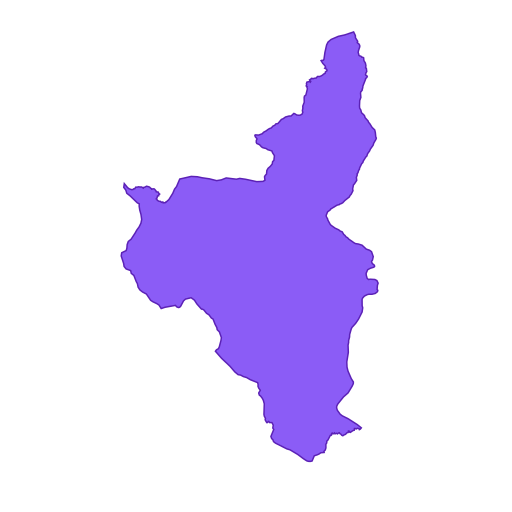 the district of Pakbeng, Oudômxai, Laos, rotated 263°
{"feature_id": "54806243B50081562386900", "entity_name": "Pakbeng", "entity_type": "district", "adm_level": 2, "iso_a3": "LAO", "parent_name": "Laos", "parent_adm1": "Oudômxai", "projection": "equal_earth", "projection_center": [101.13, 19.984], "detail": "fine", "context": "isolated", "style": "filled", "palette": "violet", "viewbox_px": 512, "rotation_deg": 263, "n_neighbors": 0, "source": "geoboundaries", "source_scale": "gbopen_adm2", "svg_char_len": 6088}
<svg xmlns="http://www.w3.org/2000/svg" viewBox="0 0 512 512"><g transform="rotate(263 256 256)"><path d="M466.5,380.2L464.6,370.9L464.0,364.5L461.8,357.0L459.6,353.6L456.9,351.8L449.6,349.2L442.9,347.4L442.0,346.6L442.2,345.1L442.0,344.4L439.0,345.8L436.5,347.6L434.9,348.1L434.0,347.1L432.8,348.8L431.9,349.1L431.2,349.0L430.2,347.3L428.8,346.8L428.3,345.2L427.5,344.2L426.9,342.9L426.4,341.2L426.7,338.9L425.3,337.4L425.3,335.5L425.0,334.1L425.6,333.1L425.4,332.4L424.9,332.1L424.3,330.6L423.4,330.9L422.7,331.6L421.9,331.1L422.7,330.3L422.4,327.7L420.8,327.0L419.7,327.2L418.7,326.5L417.8,327.4L417.5,327.1L415.7,327.4L409.7,325.1L408.8,323.6L407.4,323.1L402.7,322.6L399.1,320.7L396.9,320.5L394.5,319.7L393.0,320.0L391.2,319.0L390.4,317.0L390.5,315.4L391.0,313.6L392.5,311.8L392.9,310.9L390.7,307.9L390.9,305.8L390.4,302.3L388.9,299.5L388.5,297.9L384.8,293.9L384.7,291.8L383.5,290.6L382.8,288.5L381.3,286.9L380.8,284.8L380.0,283.1L379.0,281.4L377.9,278.6L376.6,277.1L375.7,273.3L376.3,270.3L376.0,269.6L374.5,269.8L372.4,271.2L371.9,271.2L370.7,270.4L368.8,270.1L367.6,270.5L366.0,273.1L363.6,274.8L362.6,276.1L361.4,279.2L360.1,280.6L358.3,284.6L356.7,284.9L353.3,286.5L348.7,285.4L347.7,284.0L345.3,283.3L343.2,281.1L341.6,278.7L339.6,277.2L336.0,276.4L334.8,274.9L333.6,274.1L330.1,274.1L329.2,272.1L329.7,265.8L333.4,255.1L335.0,249.3L334.6,246.0L337.1,235.9L335.8,230.9L335.6,226.1L338.3,219.1L340.2,212.1L341.8,207.5L342.9,201.4L342.1,193.8L341.7,189.7L334.6,185.6L332.3,183.3L328.3,181.0L322.6,176.4L320.3,173.1L320.5,173.0L320.0,172.2L320.0,171.5L320.1,170.3L320.9,170.2L321.0,169.4L320.8,168.7L322.0,167.6L322.1,166.4L323.2,165.0L323.8,164.6L324.5,164.6L324.9,164.0L326.1,165.0L327.7,165.6L327.6,166.7L328.6,167.0L329.2,167.9L329.9,167.2L331.4,166.7L331.9,164.8L332.8,164.7L334.9,163.3L335.2,162.4L335.0,160.6L335.6,160.6L336.0,159.7L337.0,159.1L337.7,158.2L338.6,155.9L337.8,153.8L337.8,152.9L337.1,152.4L338.3,151.1L338.6,150.2L338.5,149.4L339.0,148.0L338.8,146.2L339.0,145.0L337.5,143.8L337.6,142.8L337.0,142.0L337.0,140.7L338.1,138.4L339.5,136.9L343.9,134.1L340.2,133.1L337.3,134.8L334.0,135.4L331.0,138.4L323.2,144.7L322.0,146.5L319.7,146.1L315.9,146.2L311.2,146.9L306.2,147.0L302.6,145.8L299.1,143.5L296.1,140.7L293.6,138.9L287.9,134.1L286.0,131.0L283.0,129.5L279.5,128.8L277.2,127.8L275.6,123.1L272.5,122.2L264.8,123.7L261.7,123.8L259.0,125.5L256.8,129.8L253.9,130.1L251.6,132.4L245.3,134.0L243.0,134.9L239.4,135.2L236.5,136.6L234.1,139.0L231.6,142.6L224.9,146.0L223.2,148.0L220.7,151.9L219.2,153.7L215.4,155.5L216.2,159.4L216.8,170.0L215.2,171.1L214.3,172.7L214.4,173.9L215.3,175.1L220.3,178.6L221.8,180.7L222.5,186.5L219.7,189.5L215.6,191.5L209.9,195.4L209.8,196.3L208.9,197.6L205.2,199.9L203.3,202.2L199.9,204.1L198.6,205.7L193.1,207.1L189.7,208.4L187.6,208.5L185.2,210.4L179.2,211.7L176.6,211.0L170.3,208.5L168.6,207.4L167.7,205.3L166.4,204.1L158.6,209.4L149.8,216.7L143.5,220.9L140.4,223.8L139.7,226.2L137.9,228.7L136.5,231.9L133.9,235.3L130.1,242.2L128.1,242.4L126.4,242.1L124.5,242.6L122.2,243.9L119.9,242.1L119.3,242.0L117.4,242.4L116.6,243.4L114.0,244.9L111.8,245.7L108.3,246.2L97.9,244.6L96.1,244.7L93.7,245.6L92.7,245.2L91.7,245.3L89.3,246.4L89.3,247.1L90.2,247.9L90.3,248.5L89.0,249.2L88.7,251.5L86.0,252.5L83.2,251.7L81.7,252.5L75.1,248.8L72.8,249.3L71.7,250.3L69.6,250.8L67.9,252.5L60.8,263.1L59.5,266.1L53.9,273.3L49.1,278.3L46.5,281.4L45.8,283.0L45.5,285.2L45.7,286.7L50.6,289.5L51.2,292.5L51.8,294.5L52.8,296.3L52.7,299.7L53.8,299.6L55.0,301.1L57.0,302.0L60.6,302.4L61.8,303.4L63.6,303.7L64.6,305.0L68.9,307.9L68.8,308.7L69.5,309.5L70.1,309.2L71.0,310.0L70.0,311.6L70.8,312.3L69.9,313.0L70.2,314.4L69.5,315.2L70.3,316.4L70.4,317.2L69.5,317.6L68.9,318.5L67.7,319.2L67.0,320.3L67.6,321.3L68.1,323.1L69.5,324.8L69.6,326.0L71.0,326.4L70.7,327.3L69.6,327.6L69.4,328.1L70.9,330.9L71.1,332.3L72.8,332.7L72.7,333.6L72.1,334.3L72.6,335.4L72.6,336.1L71.9,337.0L71.8,337.8L71.2,337.7L71.5,338.5L72.6,339.6L76.3,336.0L83.1,327.8L86.9,322.1L88.8,320.2L93.0,317.9L95.5,317.5L97.3,317.9L99.3,319.3L105.5,325.7L108.9,330.7L115.0,335.5L117.4,337.0L119.1,337.3L122.7,335.6L130.5,333.3L134.6,332.8L139.8,333.2L149.1,335.9L156.3,336.5L158.9,337.4L160.7,337.6L164.2,339.0L166.7,339.4L171.9,341.6L173.4,342.5L176.9,346.6L180.9,350.1L187.5,354.5L191.6,355.6L193.8,355.3L200.0,356.0L201.3,356.7L203.0,358.7L204.1,361.7L204.3,363.3L203.9,366.4L204.3,369.8L205.7,372.1L206.6,372.6L207.2,372.7L207.9,372.1L212.0,372.9L214.2,373.9L216.9,373.0L218.2,371.1L219.1,366.2L218.9,365.0L219.4,364.4L220.3,363.6L223.5,363.1L225.4,363.2L228.8,365.2L229.9,368.1L230.5,371.5L231.0,372.3L231.4,372.5L232.5,372.3L234.4,370.5L236.2,370.0L236.8,370.2L237.7,371.1L241.1,372.3L246.2,371.2L247.9,369.4L249.4,366.3L253.8,362.6L255.4,359.1L256.2,356.2L257.0,355.1L261.5,350.1L263.0,349.1L264.0,347.7L265.6,346.8L266.7,345.7L269.5,344.5L270.5,342.6L271.9,341.3L274.0,337.9L277.4,334.2L278.4,333.5L282.9,331.7L284.1,331.6L286.5,330.6L287.8,330.6L291.2,332.5L292.4,334.8L293.0,335.6L293.5,335.8L296.6,342.7L296.9,345.1L297.4,345.6L297.5,346.6L298.2,348.5L300.3,351.0L303.2,355.8L304.6,356.7L305.7,358.0L309.0,360.2L310.8,360.1L314.7,361.4L315.6,362.5L318.8,365.2L321.8,365.2L324.1,366.4L325.1,366.3L326.3,367.4L328.3,368.2L329.4,369.2L330.6,369.5L334.8,372.2L335.7,373.4L337.1,374.0L340.8,377.0L341.7,378.2L343.9,379.2L346.5,381.6L348.1,382.5L351.6,385.7L353.8,386.7L357.2,389.3L358.4,389.8L359.6,389.4L363.9,389.5L366.7,389.2L369.5,386.9L373.6,385.0L375.0,384.0L376.2,383.8L380.1,381.1L381.7,380.9L383.0,380.2L385.3,378.2L388.2,377.8L390.1,376.9L392.3,377.0L397.7,377.9L400.6,379.4L404.9,379.6L406.4,380.1L406.7,380.7L407.9,381.8L408.5,381.7L409.8,382.4L411.6,382.8L418.1,386.3L418.8,386.4L419.3,387.3L420.4,388.3L421.4,388.0L421.9,387.1L422.6,386.8L424.5,387.5L425.5,388.4L428.9,388.4L429.4,387.7L431.5,388.3L434.1,388.1L436.9,386.9L439.6,387.0L440.3,386.1L440.4,385.2L441.5,384.5L442.1,383.1L442.8,382.5L443.8,382.6L445.4,382.2L447.2,382.7L451.0,384.5L452.4,384.6L453.9,384.0L455.4,382.5L456.7,383.1L460.5,381.3L462.7,381.5L466.5,380.2Z" fill="#8b5cf6" stroke="#5b21b6" stroke-width="1.5"/></g></svg>